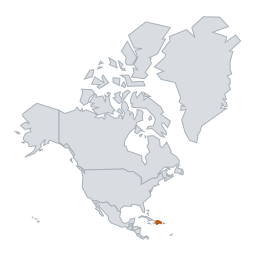 Dominican Republic on a map of North America (Mercator projection)
{"feature_id": "DOM", "entity_name": "Dominican Republic", "entity_type": "country or territory", "adm_level": 0, "iso_a3": "DOM", "parent_name": "North America", "parent_adm1": "", "projection": "mercator", "projection_center": [-70.506, 18.775], "detail": "fine", "context": "in_parent", "style": "filled", "palette": "amber", "viewbox_px": 256, "rotation_deg": 0, "n_neighbors": 17, "source": "natural_earth", "source_scale": "50m", "svg_char_len": 9390}
<svg xmlns="http://www.w3.org/2000/svg" viewBox="0 0 256 256"><path d="M84.4,169.9L80.5,166.8L77.9,165.9L77.3,162.4L73.6,157.8L74.3,153.8L66.6,143.5L63.8,146.0L58.8,142.0L58.8,110.2L65.1,113.5L75.6,110.0L76.9,107.0L80.3,111.2L82.2,108.4L82.4,111.5L86.3,109.9L95.1,113.5L97.0,115.4L95.0,117.3L97.6,118.1L102.6,117.0L104.1,119.2L105.7,117.4L104.2,115.8L105.1,114.4L108.0,113.9L114.6,118.3L118.9,117.8L118.7,115.4L120.0,114.7L122.1,116.0L122.1,119.6L124.8,112.8L121.6,108.7L121.8,104.0L123.4,100.7L126.7,103.4L128.6,108.3L127.4,110.3L130.0,111.1L130.0,115.1L131.9,112.1L133.6,114.6L133.2,117.4L134.5,119.9L137.0,113.9L137.1,109.5L141.2,110.5L143.1,112.4L142.1,116.4L142.9,120.2L136.8,122.2L134.6,128.3L129.8,132.1L124.8,140.3L124.2,145.8L126.2,146.3L127.5,150.8L141.7,155.7L141.9,160.2L145.0,165.0L146.9,161.9L145.1,156.9L149.8,152.2L147.0,146.2L148.7,143.3L147.6,136.1L153.6,135.7L159.6,139.9L160.0,145.8L162.3,147.8L166.7,142.0L171.2,151.1L170.6,152.7L176.9,157.0L179.1,160.2L179.2,162.9L173.1,167.2L164.1,167.2L157.5,174.5L166.0,169.4L167.3,170.4L165.9,171.8L166.8,175.7L168.7,176.7L171.0,176.4L172.4,174.1L173.4,176.3L165.6,181.0L164.5,180.9L164.4,179.2L166.9,177.6L163.1,177.9L162.1,174.0L160.1,173.2L156.9,178.1L152.2,178.2L141.5,184.6L140.5,184.0L141.9,181.0L141.3,177.5L133.1,171.4L128.5,171.7L124.0,169.0L84.4,169.9ZM139.3,135.7L140.3,134.3L142.3,134.3L140.6,136.6L139.3,135.7ZM145.2,96.6L143.7,92.3L150.2,96.5L147.2,96.3L145.2,96.6ZM145.4,138.2L145.0,135.9L145.9,136.6L145.4,138.2ZM125.7,85.5L124.9,87.6L121.1,85.8L123.9,81.8L125.7,85.5ZM125.4,70.4L122.1,70.2L121.7,68.3L124.5,68.4L125.4,70.4ZM118.6,61.0L122.9,64.3L120.5,68.2L118.6,61.0ZM145.1,85.8L127.4,86.3L125.3,77.9L120.7,75.3L128.5,75.1L131.9,82.0L143.3,81.4L145.1,85.8ZM98.7,66.8L102.7,67.2L97.5,69.0L98.7,66.8ZM100.4,61.2L103.0,63.0L98.9,64.4L100.4,61.2ZM179.4,164.8L177.7,168.1L182.4,169.3L181.9,170.9L182.9,170.5L183.5,173.0L182.9,174.8L181.4,174.5L181.3,172.5L179.6,174.3L178.4,172.8L174.2,172.8L176.9,166.1L179.4,164.8ZM136.6,125.1L142.7,130.9L144.8,131.7L140.5,130.5L137.1,133.9L134.7,132.3L136.6,125.1ZM143.8,100.1L148.0,96.9L160.7,106.9L163.3,112.3L160.7,114.2L170.5,121.1L167.6,127.6L163.7,122.8L161.8,123.3L161.7,125.2L166.6,132.8L166.1,135.0L160.7,131.7L164.4,137.3L160.6,136.1L152.2,128.6L146.9,129.0L147.9,126.5L153.4,126.0L155.3,119.6L154.3,116.7L146.4,108.4L132.6,107.3L131.5,105.8L132.9,103.9L130.9,103.8L130.5,99.3L133.0,93.0L136.7,91.7L135.6,94.9L136.7,97.9L141.6,92.0L144.1,97.0L143.8,100.1ZM122.3,93.5L127.4,90.2L130.1,91.4L123.1,100.1L122.3,93.5ZM84.4,79.1L89.7,70.4L93.8,69.6L92.5,76.6L84.4,79.1ZM70.0,159.9L71.8,158.2L71.4,160.9L72.6,162.8L70.0,159.9ZM108.9,57.8L115.5,61.6L117.1,67.8L109.4,64.6L110.7,62.5L108.9,57.8ZM83.5,170.9L80.4,170.2L76.6,166.0L80.3,167.0L83.5,170.9ZM81.5,89.2L91.9,89.7L94.8,93.3L89.5,98.0L87.8,103.1L84.0,105.2L80.0,101.0L82.9,92.3L81.5,89.2ZM103.1,75.0L108.6,82.8L99.4,88.5L97.1,86.9L100.0,84.5L91.6,84.2L94.9,76.9L103.9,82.8L101.8,77.2L103.1,75.0ZM104.8,95.2L109.0,97.2L110.4,104.8L115.1,110.7L112.8,111.1L113.2,114.1L108.2,112.4L97.9,114.9L92.2,109.2L99.1,107.5L91.4,106.8L90.6,105.2L93.9,103.5L89.3,102.4L95.2,94.1L96.7,95.1L95.9,97.3L102.7,95.9L105.1,101.9L105.8,100.1L104.8,95.2ZM116.0,97.1L114.5,93.9L120.4,91.9L119.4,95.7L121.5,97.8L121.3,101.9L119.0,103.6L113.1,98.0L116.0,97.1ZM107.3,92.7L109.2,92.5L110.3,93.6L109.1,96.8L107.3,92.7ZM113.0,77.8L119.9,78.3L119.3,85.4L113.1,82.3L113.0,77.8ZM121.3,51.1L127.4,41.4L136.7,57.6L132.1,65.2L126.7,64.8L125.2,61.9L126.3,57.2L121.3,51.1ZM128.5,35.3L145.9,21.9L170.5,27.6L162.3,39.1L165.4,39.1L157.4,54.0L149.3,57.7L151.2,58.6L150.2,60.0L151.4,63.5L145.2,72.4L147.9,75.1L144.1,78.7L131.5,77.0L133.9,72.6L133.2,67.9L137.9,70.3L133.7,64.6L137.7,57.5L135.1,50.3L142.3,48.5L134.2,48.0L128.5,35.3ZM151.7,119.0L149.2,120.3L148.8,118.5L150.7,115.8L151.7,119.0ZM119.2,108.5L122.8,112.7L121.9,114.0L116.9,111.5L119.2,108.5ZM166.8,168.0L169.1,168.3L170.6,169.6L168.1,169.0L166.8,168.0ZM167.5,174.0L168.0,175.0L170.3,175.2L169.1,176.2L167.3,175.3L167.5,174.0Z" fill="#d9dde1" stroke="#a8b0b8" stroke-width="1"/><path d="M84.4,169.9L124.0,169.0L128.5,171.7L133.1,171.4L141.3,177.5L141.1,184.6L152.2,178.2L156.9,178.1L160.1,173.2L162.1,174.0L163.3,178.5L158.9,180.8L157.9,183.4L159.1,184.7L153.8,186.0L156.3,186.0L153.4,186.3L152.1,189.7L151.2,188.7L151.9,190.6L150.6,192.8L150.1,189.3L150.1,191.2L149.2,190.9L150.9,195.7L143.0,202.7L144.8,210.0L144.4,212.7L142.5,211.6L139.7,205.1L137.7,205.6L135.9,204.4L131.4,204.8L131.6,206.4L124.2,205.9L120.7,208.5L120.1,211.7L118.0,210.8L115.3,206.0L111.1,206.2L107.5,202.1L101.1,202.8L95.9,200.5L92.5,200.8L90.5,198.3L87.5,197.3L82.2,187.2L82.9,177.1L81.8,171.6L84.0,171.9L84.8,173.9L84.4,169.9ZM58.8,110.2L58.8,142.0L63.8,146.0L66.6,143.5L74.3,153.8L73.5,156.6L68.5,148.1L64.9,147.8L60.4,144.2L50.1,140.4L48.6,141.0L48.8,143.0L43.6,145.3L45.2,139.2L40.4,144.7L41.4,146.1L40.1,148.0L34.1,153.6L24.9,157.1L33.8,151.0L36.1,145.9L29.1,146.6L28.4,142.9L24.4,141.5L23.3,138.6L23.8,136.9L25.5,133.6L30.8,131.6L29.8,129.6L30.8,128.3L24.9,129.4L20.5,125.3L25.6,122.1L29.6,123.8L22.4,115.6L23.2,113.5L36.8,103.3L58.8,110.2ZM15.4,131.6L17.1,131.8L19.7,133.1L18.5,134.1L15.4,131.6ZM37.5,221.1L39.3,221.4L38.0,222.3L37.5,221.1ZM36.7,219.1L37.0,219.8L36.6,219.2L36.7,219.1ZM35.8,218.8L36.5,219.0L35.7,219.0L35.8,218.8ZM34.6,218.7L35.2,218.6L34.6,218.7ZM32.5,217.2L32.7,217.8L32.2,217.5L32.5,217.2ZM21.4,142.3L23.9,142.1L24.0,143.2L21.4,142.3ZM39.5,149.8L43.0,149.5L39.7,151.0L39.5,149.8Z" fill="#d9dde1" stroke="#a8b0b8" stroke-width="1"/><path d="M156.6,221.1L156.6,223.6L152.7,223.1L155.7,222.6L154.5,220.8L156.6,221.1Z" fill="#d9dde1" stroke="#a8b0b8" stroke-width="1"/><path d="M146.4,210.8L147.9,210.1L148.0,210.5L146.4,210.8ZM148.0,209.8L149.1,210.5L148.9,211.6L148.7,210.6L148.0,209.8ZM147.2,213.6L147.9,212.7L148.4,214.9L147.2,213.6Z" fill="#d9dde1" stroke="#a8b0b8" stroke-width="1"/><path d="M191.8,27.6L203.3,16.8L219.6,17.1L228.4,26.5L212.8,32.2L226.7,36.9L225.2,42.4L235.6,35.1L240.6,41.1L229.6,50.9L232.8,51.3L230.1,61.9L230.1,69.6L231.8,73.8L227.3,76.0L229.9,79.2L230.2,84.0L228.7,84.6L230.5,89.2L224.6,94.2L226.4,99.5L222.9,98.8L226.6,102.8L227.2,106.3L224.6,107.1L221.8,102.9L222.3,105.9L220.7,108.1L226.3,108.5L201.7,126.0L199.7,132.5L197.4,135.0L198.0,137.4L196.6,142.6L189.7,140.5L185.0,132.1L181.7,119.9L186.0,109.3L180.7,110.6L181.1,105.6L185.3,106.7L179.0,101.9L180.6,97.6L175.1,82.5L161.1,79.4L157.0,73.7L163.6,71.3L154.4,66.9L165.1,57.1L165.6,54.3L161.8,51.4L170.0,40.8L169.4,36.5L186.7,29.6L195.0,37.6L191.8,27.6Z" fill="#d9dde1" stroke="#a8b0b8" stroke-width="1"/><path d="M92.5,200.8L95.9,200.5L101.1,202.8L107.5,202.1L111.1,206.2L114.3,205.4L118.0,210.8L120.7,211.6L119.7,216.9L122.4,222.4L124.5,223.4L128.8,222.3L130.4,219.1L134.9,218.3L133.8,223.2L129.4,223.9L128.7,224.7L130.1,226.5L128.3,226.5L127.6,228.7L125.3,226.7L121.5,227.1L111.7,223.2L108.9,220.7L108.1,216.4L99.4,206.7L98.1,203.1L95.6,202.7L103.4,215.5L102.7,216.4L99.5,213.4L99.3,211.4L95.4,208.7L96.7,207.3L92.5,200.8Z" fill="#d9dde1" stroke="#a8b0b8" stroke-width="1"/><path d="M148.6,237.2L147.9,239.2L146.1,236.7L143.7,239.2L140.9,238.0L140.8,236.0L142.9,237.0L146.3,235.9L148.6,237.2Z" fill="#d9dde1" stroke="#a8b0b8" stroke-width="1"/><path d="M141.3,235.9L140.7,237.8L136.9,235.4L136.5,234.0L139.7,233.9L141.3,235.9Z" fill="#d9dde1" stroke="#a8b0b8" stroke-width="1"/><path d="M139.7,233.9L136.8,233.7L134.1,231.1L137.9,228.3L140.5,228.0L139.7,233.9Z" fill="#d9dde1" stroke="#a8b0b8" stroke-width="1"/><path d="M140.5,228.0L137.9,228.3L134.6,231.0L131.7,228.9L133.7,226.8L137.9,226.6L140.5,228.0Z" fill="#d9dde1" stroke="#a8b0b8" stroke-width="1"/><path d="M131.7,228.9L134.0,229.8L133.7,230.7L130.6,229.9L131.7,228.9Z" fill="#d9dde1" stroke="#a8b0b8" stroke-width="1"/><path d="M127.6,228.7L128.3,226.5L130.1,226.5L128.7,224.7L129.4,223.9L132.0,223.9L131.9,226.7L133.3,227.0L131.7,228.9L130.6,229.9L127.6,228.7Z" fill="#d9dde1" stroke="#a8b0b8" stroke-width="1"/><path d="M132.0,223.9L133.5,223.1L132.3,226.7L131.9,226.7L132.0,223.9Z" fill="#d9dde1" stroke="#a8b0b8" stroke-width="1"/><path d="M163.1,222.8L165.3,223.3L163.0,223.7L163.1,222.8Z" fill="#d9dde1" stroke="#a8b0b8" stroke-width="1"/><path d="M147.3,223.3L149.3,223.0L150.3,223.8L147.3,223.3Z" fill="#d9dde1" stroke="#a8b0b8" stroke-width="1"/><path d="M141.7,215.8L147.2,216.8L153.1,220.2L148.1,220.9L149.0,220.0L146.7,218.2L142.4,216.6L137.9,217.8L141.7,215.8Z" fill="#d9dde1" stroke="#a8b0b8" stroke-width="1"/><path d="M170.4,235.1L171.9,234.0L171.8,235.1L170.4,235.1Z" fill="#d9dde1" stroke="#a8b0b8" stroke-width="1"/><path d="M156.5,223.6L156.5,223.3L156.6,223.2L156.4,223.0L156.3,222.9L156.2,222.7L156.4,222.7L156.5,222.7L156.6,222.4L156.5,222.2L156.7,221.9L156.6,221.7L156.6,221.4L156.5,221.1L156.6,220.9L156.8,220.8L157.0,220.8L157.3,220.9L157.5,220.8L157.8,220.8L158.1,220.9L158.1,221.0L158.3,221.0L158.6,221.1L158.8,221.2L159.0,221.1L159.2,221.4L159.3,221.6L160.0,221.6L160.1,221.8L159.7,221.8L159.6,222.0L159.9,222.0L160.0,222.1L160.4,222.1L160.6,222.1L160.9,222.3L161.2,222.6L161.3,222.6L161.3,222.8L161.2,223.0L160.9,223.3L160.8,223.2L160.7,223.1L160.3,223.0L160.1,223.0L159.9,223.0L159.7,223.0L159.4,223.0L159.2,223.0L158.9,223.1L158.3,223.3L158.2,223.2L157.7,223.2L157.5,223.3L157.5,223.5L157.2,223.8L157.1,224.1L156.9,224.0L156.7,224.0L156.7,223.9L156.7,223.7L156.5,223.6Z" fill="#f59e0b" stroke="#b45309" stroke-width="1.5"/></svg>